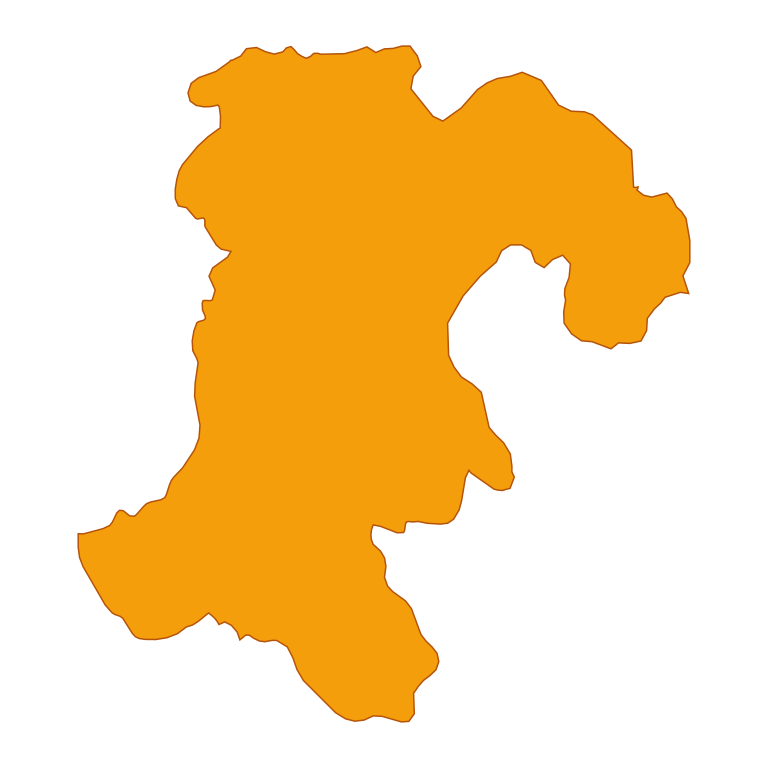 the border of Champasak
{"feature_id": "LAO-3280", "entity_name": "Champasak", "entity_type": "Province", "adm_level": 1, "iso_a3": "LAO", "parent_name": "Laos", "parent_adm1": "", "projection": "natural_earth1", "projection_center": [105.911, 14.688], "detail": "fine", "context": "isolated", "style": "filled", "palette": "amber", "viewbox_px": 768, "rotation_deg": 0, "n_neighbors": 0, "source": "natural_earth", "source_scale": "10m", "svg_char_len": 3434}
<svg xmlns="http://www.w3.org/2000/svg" viewBox="0 0 768 768"><path d="M203.6,106.8L196.0,105.3L190.1,101.0L188.0,92.9L191.2,83.3L198.7,77.7L216.1,71.4L229.3,61.9L230.8,60.2L232.1,60.3L240.8,56.0L246.4,48.7L256.5,47.5L265.4,51.7L274.2,54.1L282.8,51.9L286.4,47.9L291.0,46.6L294.3,49.8L297.5,53.6L301.8,56.3L306.2,58.3L310.3,56.5L313.8,53.4L317.6,53.3L320.9,54.2L344.4,53.7L357.0,50.5L366.9,46.9L375.8,52.5L384.3,48.9L393.3,48.4L401.8,46.1L410.0,46.1L417.3,55.9L420.9,66.6L413.2,76.1L410.9,88.8L432.9,116.3L442.8,121.1L461.2,108.0L477.5,89.6L487.1,82.9L497.3,78.5L510.5,76.3L522.2,72.3L541.3,80.4L558.6,105.1L571.2,111.2L584.4,111.8L592.6,114.9L631.5,150.1L633.6,187.2L635.7,187.5L638.1,186.9L637.8,188.6L636.9,190.1L643.5,195.2L651.7,197.1L667.0,193.1L672.4,198.9L676.4,206.9L681.5,211.6L686.0,218.4L689.8,240.3L689.8,262.6L682.9,275.9L688.7,293.5L680.4,292.3L665.0,297.3L660.9,302.8L654.3,309.0L647.3,318.4L646.6,330.6L641.0,341.0L629.8,343.4L618.5,342.9L611.0,348.8L592.0,341.7L581.5,340.8L571.6,333.9L564.1,323.2L563.7,311.9L565.6,300.2L564.5,294.8L564.9,288.5L569.1,277.4L570.4,263.9L562.7,255.2L552.6,259.5L544.1,267.6L535.3,262.4L530.8,250.4L521.5,244.9L510.6,244.9L501.6,250.7L496.3,262.0L480.3,276.1L463.2,295.8L447.6,323.1L448.6,355.3L454.1,367.2L461.5,377.1L472.1,383.9L481.3,392.3L489.1,427.4L495.9,435.4L503.6,442.8L510.3,453.9L511.9,466.1L511.9,471.9L514.3,477.1L510.0,488.4L509.9,488.5L507.5,488.9L502.5,490.5L497.4,490.0L493.8,489.0L471.1,473.0L468.9,470.3L465.4,477.8L461.6,500.6L459.1,510.0L453.6,519.2L447.7,523.2L440.5,524.1L427.4,523.3L418.4,521.5L412.6,521.9L408.6,521.5L406.7,521.8L405.6,523.6L404.6,530.4L403.6,532.5L397.2,532.8L380.7,526.4L373.2,524.9L371.5,529.7L370.9,534.7L371.4,539.7L373.2,544.4L380.5,551.1L384.6,558.1L385.9,566.5L384.5,577.3L387.6,586.2L392.8,591.7L405.6,601.0L411.4,608.6L421.0,634.6L426.0,641.1L432.0,646.9L437.0,653.3L438.8,661.5L436.1,669.6L430.2,675.3L423.5,680.4L418.1,686.6L413.6,693.3L414.3,713.8L408.8,721.4L401.4,721.9L382.0,716.3L373.2,715.9L364.0,720.1L354.8,721.2L345.5,718.8L343.9,717.8L335.5,712.6L303.4,680.5L297.1,669.8L292.8,657.6L287.3,646.9L276.8,640.5L272.8,640.3L264.7,641.7L259.4,641.0L253.4,638.1L249.6,635.3L245.8,635.0L239.9,639.9L237.2,632.1L231.4,625.3L224.7,621.9L219.0,624.5L216.9,621.0L214.4,617.9L211.5,615.3L208.5,613.0L198.1,621.5L192.5,625.0L186.3,627.0L177.4,633.7L167.0,637.7L155.9,639.5L145.3,639.4L139.2,638.5L135.5,636.8L132.4,633.5L122.8,618.3L120.1,616.3L114.7,614.4L112.1,612.8L105.3,605.1L83.1,566.7L79.6,557.6L78.2,547.5L78.2,533.7L83.4,533.9L102.9,528.7L109.7,525.5L112.4,522.1L116.8,512.9L119.5,510.3L123.2,510.7L129.7,515.9L134.5,516.2L136.7,514.3L143.7,506.3L146.7,503.6L151.0,501.9L160.9,499.8L164.8,497.6L166.4,494.5L169.6,484.5L171.5,480.2L173.9,477.0L182.6,467.9L194.5,449.9L199.0,438.1L200.0,425.2L194.6,396.2L195.2,382.8L198.1,362.7L196.8,358.5L192.8,350.7L192.2,340.9L193.9,331.0L196.8,322.9L198.6,321.6L203.7,320.2L205.4,318.6L205.2,316.3L202.6,310.2L202.2,303.5L202.9,300.9L204.4,300.4L210.3,300.7L212.3,299.8L215.2,290.1L209.0,276.2L212.7,267.9L227.5,257.2L231.0,251.4L221.1,249.1L216.3,245.0L205.4,227.3L204.8,225.5L204.9,220.6L204.1,218.4L202.5,218.0L197.6,219.0L195.7,218.4L186.5,207.7L178.4,205.9L175.3,198.6L175.3,188.8L176.8,179.4L179.3,170.5L182.6,164.5L197.8,146.2L208.1,136.7L218.8,128.8L220.2,128.1L220.5,116.3L219.3,106.9L218.0,105.1L210.7,106.6L203.6,106.8Z" fill="#f59e0b" stroke="#b45309" stroke-width="1.5"/></svg>